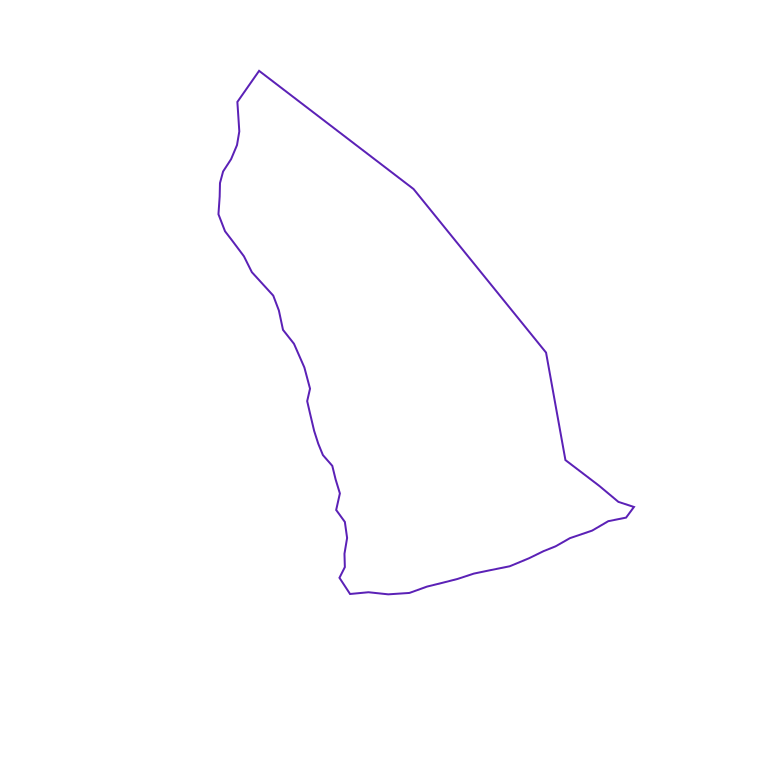 São Miguel dos Milagres, Alagoas, Brazil (Mercator projection), rotated 33°
{"feature_id": "56859067B37643170817280", "entity_name": "São Miguel dos Milagres", "entity_type": "district", "adm_level": 2, "iso_a3": "BRA", "parent_name": "Brazil", "parent_adm1": "Alagoas", "projection": "mercator", "projection_center": [-35.405, -9.238], "detail": "fine", "context": "isolated", "style": "outline", "palette": "violet", "viewbox_px": 768, "rotation_deg": 33, "n_neighbors": 0, "source": "geoboundaries", "source_scale": "gbopen_adm2", "svg_char_len": 861}
<svg xmlns="http://www.w3.org/2000/svg" viewBox="0 0 768 768"><g transform="rotate(33 384 384)"><path d="M469.9,578.6L484.4,567.1L502.1,558.1L519.1,545.4L530.4,530.5L541.2,519.0L551.8,507.5L562.6,494.1L574.7,482.1L588.7,468.4L600.5,451.2L608.9,437.2L616.3,426.7L623.9,412.0L638.4,393.6L646.8,376.9L659.8,364.2L660.6,351.0L644.8,355.2L620.0,352.2L577.6,349.0L502.8,269.4L302.6,204.4L108.7,189.4L107.4,227.3L117.5,240.8L125.1,251.0L130.6,263.7L133.3,278.7L133.3,293.4L137.0,304.8L144.1,316.3L152.7,331.8L167.5,342.5L178.8,346.5L197.0,353.2L212.3,362.2L243.0,370.2L255.8,379.6L269.8,393.6L286.6,399.3L308.2,413.5L324.5,428.2L328.9,440.2L337.7,448.7L351.0,461.4L361.4,469.9L371.5,476.9L385.2,480.8L395.3,490.3L406.6,499.8L412.5,515.7L426.3,521.0L436.9,533.2L443.3,547.9L450.9,558.9L452.2,570.8L469.9,578.6Z" fill="none" stroke="#5b21b6" stroke-width="2"/></g></svg>